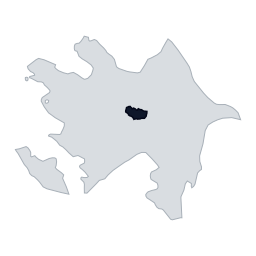 Ujar District, Ucar, Azerbaijan (highlighted)
{"feature_id": "54616110B8701125158325", "entity_name": "Ujar District", "entity_type": "district", "adm_level": 2, "iso_a3": "AZE", "parent_name": "Azerbaijan", "parent_adm1": "Ucar", "projection": "albers", "projection_center": [47.737, 40.438], "detail": "fine", "context": "in_parent", "style": "filled", "palette": "ink", "viewbox_px": 256, "rotation_deg": 0, "n_neighbors": 0, "source": "geoboundaries", "source_scale": "gbopen_adm2", "svg_char_len": 4217}
<svg xmlns="http://www.w3.org/2000/svg" viewBox="0 0 256 256"><path d="M181.9,217.8L180.7,217.7L172.3,219.8L170.6,219.2L163.3,210.0L161.8,209.0L158.7,208.6L156.8,207.1L155.3,204.7L154.5,202.8L147.0,197.9L145.9,196.1L145.8,194.5L146.9,193.0L148.1,191.8L151.7,190.5L155.9,189.5L157.3,188.7L158.0,187.4L157.9,185.2L157.2,183.1L151.1,179.4L150.5,177.7L150.3,175.7L150.6,173.6L151.5,172.0L156.4,169.7L159.1,167.4L157.4,164.8L152.1,158.9L145.8,152.5L141.6,152.4L136.8,154.4L129.0,159.9L124.7,162.2L119.1,166.1L113.0,170.4L108.0,175.0L104.8,178.8L99.3,180.4L96.4,183.6L87.0,193.1L84.4,193.0L84.3,188.2L84.4,184.4L83.9,182.2L80.9,179.2L80.9,177.9L81.7,177.1L84.0,177.6L87.0,177.5L88.4,176.4L85.3,172.4L82.5,169.7L80.2,167.9L79.6,166.8L79.6,166.1L80.2,165.2L84.3,163.1L84.7,161.1L84.5,158.9L78.0,155.5L73.2,156.7L68.9,152.9L66.2,150.0L62.8,146.9L59.7,145.2L56.8,141.3L51.8,137.2L48.5,136.0L48.6,135.4L49.2,134.7L50.6,134.1L59.7,134.5L60.9,133.8L61.5,132.1L62.8,129.7L64.3,126.0L64.3,122.9L55.2,117.7L48.6,112.9L44.2,106.8L41.2,101.1L41.4,99.3L42.3,97.5L49.5,92.6L50.0,91.3L49.9,90.4L47.5,87.7L44.4,84.9L43.4,82.9L41.5,81.9L37.7,81.7L31.1,78.2L29.7,77.8L29.5,77.1L29.8,76.5L34.6,75.3L34.5,74.2L33.1,72.7L30.5,71.5L28.1,68.8L27.4,66.4L36.1,59.7L38.6,58.4L44.1,59.8L55.6,64.7L54.7,67.3L55.9,68.7L58.5,70.7L63.6,72.8L67.9,73.9L70.1,73.1L73.4,72.4L77.7,74.8L81.6,77.7L83.6,78.9L84.7,79.3L87.7,78.4L91.4,74.7L92.9,70.2L93.3,68.1L91.2,65.0L86.9,61.7L82.1,58.8L79.0,56.3L77.1,51.3L75.1,50.7L74.6,50.0L74.3,48.3L74.4,46.0L75.1,44.2L77.1,43.4L79.1,43.2L80.9,41.4L83.2,38.1L84.2,36.2L88.4,37.3L88.9,40.4L89.7,41.1L91.4,40.7L94.3,39.5L96.6,40.5L99.6,44.1L103.7,48.0L105.9,50.6L106.8,52.4L108.9,54.1L111.9,56.2L114.4,59.4L116.5,66.8L118.8,68.5L126.8,71.3L129.6,71.9L137.4,72.9L140.2,72.2L144.3,65.8L147.9,59.3L151.3,57.9L157.4,54.7L161.0,51.7L162.5,48.4L165.9,42.3L168.0,38.9L171.7,41.9L178.0,50.0L187.1,63.3L189.4,67.1L190.9,71.5L192.2,76.8L194.3,81.5L203.7,93.2L207.7,97.5L214.3,103.1L216.6,104.3L219.7,104.6L225.2,104.5L230.4,106.5L233.0,108.0L235.6,110.2L238.1,112.8L240.6,119.7L231.7,117.6L222.7,118.2L217.6,119.8L212.8,122.0L208.1,125.0L205.2,130.6L203.0,143.7L199.6,155.9L199.8,161.5L201.5,166.9L201.4,169.5L199.7,170.6L197.6,172.9L195.0,184.1L193.6,186.4L191.8,187.8L191.3,186.5L191.4,183.5L187.3,181.0L185.3,183.9L183.9,190.1L181.0,196.6L180.9,197.8L181.9,217.8ZM48.2,102.5L48.7,100.7L47.6,99.9L46.4,99.9L45.3,100.7L45.3,102.9L46.7,103.3L48.2,102.5ZM17.2,152.3L15.9,150.5L15.4,149.5L19.4,148.8L26.1,146.6L27.9,147.8L29.7,150.3L30.7,152.4L30.7,156.3L31.5,156.9L34.8,155.7L36.2,157.3L38.6,159.3L42.9,161.3L49.2,158.5L52.3,157.8L54.9,157.9L56.2,158.9L56.6,161.9L56.1,165.6L55.3,167.6L56.6,169.2L61.6,172.9L63.7,174.9L62.6,178.3L66.3,186.8L67.5,190.1L68.9,194.2L61.1,192.5L47.0,188.8L43.2,186.9L39.6,182.1L37.5,179.8L34.3,176.8L31.7,175.6L29.7,173.5L28.7,170.5L27.1,167.7L24.3,164.5L18.1,153.5L17.2,152.3ZM27.8,80.3L26.9,80.9L25.6,80.2L25.3,78.9L25.4,77.5L26.7,77.2L27.8,77.6L28.1,78.9L27.8,80.3Z" fill="#d9dde1" stroke="#a8b0b8" stroke-width="1"/><path d="M128.6,115.0L129.1,115.2L129.6,115.7L130.2,115.9L130.7,116.0L131.4,116.4L131.8,116.6L132.4,116.9L132.7,117.3L133.0,117.7L133.3,118.2L133.5,118.7L133.8,119.0L133.9,119.3L134.1,119.2L134.6,119.1L135.6,118.9L136.1,118.6L137.0,118.9L137.4,119.1L138.4,119.0L139.2,119.0L140.4,118.8L141.2,118.4L141.7,118.3L142.5,118.3L143.2,118.3L143.8,118.3L144.2,118.3L144.4,118.3L144.7,118.1L145.0,117.5L145.6,116.9L146.1,116.3L146.3,115.7L146.3,115.3L146.5,114.3L146.8,113.5L146.8,113.1L146.9,112.0L146.9,111.4L145.7,111.3L145.3,111.2L144.4,111.2L143.6,111.0L143.0,110.7L142.1,110.1L141.6,109.7L140.5,109.6L139.8,109.5L138.9,109.0L138.3,108.7L137.9,109.2L137.6,110.0L136.9,110.2L136.3,109.9L135.9,109.5L135.5,109.1L135.1,108.8L133.6,108.1L133.1,108.6L132.1,108.9L131.9,108.7L131.9,108.2L131.3,107.7L130.8,107.4L130.5,106.8L130.4,106.9L130.1,106.8L129.8,106.5L129.2,106.5L128.6,106.6L128.1,107.1L127.5,107.1L126.8,107.4L126.5,107.7L126.4,108.1L126.3,108.8L126.1,109.4L126.0,109.8L125.8,110.3L125.7,110.9L125.7,111.6L125.8,112.0L126.2,112.4L126.3,112.5L126.8,112.7L127.3,112.9L127.8,113.4L128.0,113.7L128.5,114.3L128.6,114.5L128.6,115.0Z" fill="#0f172a" stroke="#020617" stroke-width="1.5"/></svg>